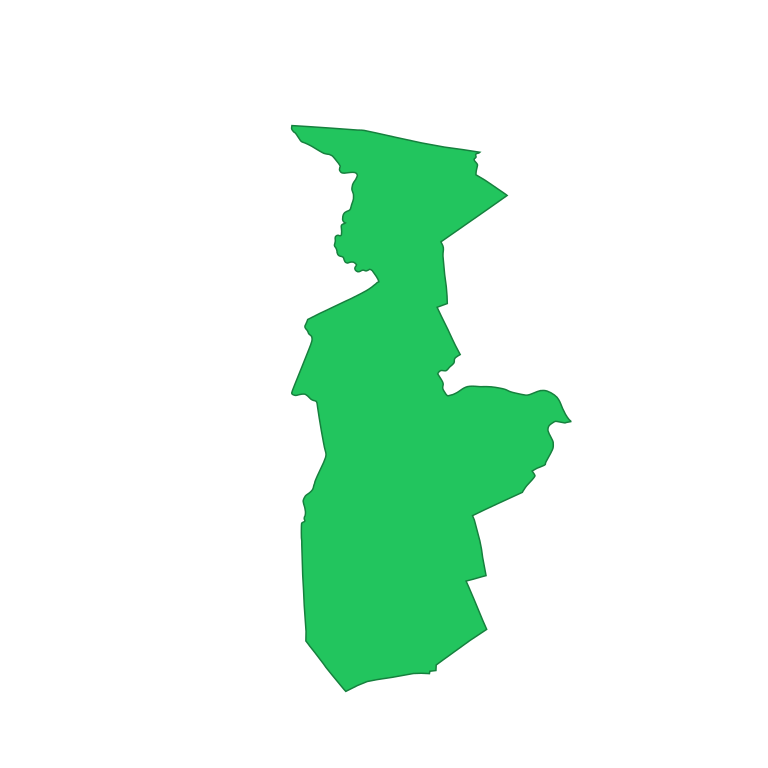 Kien Tuong, Long An, Vietnam (Mercator projection), rotated 325°
{"feature_id": "81297802B15581259777878", "entity_name": "Kien Tuong", "entity_type": "district", "adm_level": 2, "iso_a3": "VNM", "parent_name": "Vietnam", "parent_adm1": "Long An", "projection": "mercator", "projection_center": [105.93, 10.802], "detail": "fine", "context": "isolated", "style": "filled", "palette": "green", "viewbox_px": 768, "rotation_deg": 325, "n_neighbors": 0, "source": "geoboundaries", "source_scale": "gbopen_adm2", "svg_char_len": 6159}
<svg xmlns="http://www.w3.org/2000/svg" viewBox="0 0 768 768"><g transform="rotate(325 384 384)"><path d="M595.4,249.1L583.0,237.2L569.4,224.6L553.0,208.0L535.5,189.1L521.7,174.0L513.2,164.9L511.1,163.1L508.1,160.9L487.6,144.2L469.0,129.2L456.8,119.5L455.4,121.0L454.8,121.8L454.5,122.9L454.5,123.7L454.6,125.7L455.1,126.7L455.3,127.7L455.4,129.1L455.2,136.6L455.3,137.5L455.7,138.7L457.4,141.1L459.2,144.1L461.1,147.7L463.7,153.6L465.0,156.5L466.1,158.8L467.0,160.5L468.0,161.7L469.1,162.9L470.6,164.3L471.0,164.8L471.6,165.8L472.5,167.5L472.7,168.8L472.9,170.8L473.3,177.0L473.2,179.9L473.1,180.3L472.8,180.8L472.0,181.3L471.2,182.1L470.6,182.7L470.2,183.5L470.1,184.9L470.2,185.9L470.6,186.8L471.2,187.5L472.4,188.5L477.6,191.3L479.7,192.6L480.7,193.4L481.3,194.0L481.7,194.5L482.1,195.5L482.2,196.2L482.2,196.8L482.0,197.3L481.7,198.0L481.1,198.5L478.2,200.2L474.9,201.4L472.7,202.6L470.4,204.8L469.5,205.9L469.0,206.9L468.1,210.2L467.6,211.4L466.6,212.9L465.1,214.9L463.2,216.5L460.2,218.6L458.6,220.0L457.0,221.3L456.3,221.6L455.5,221.8L454.4,221.7L452.8,221.3L451.0,221.1L450.1,221.1L449.0,221.4L447.9,221.9L446.4,223.1L444.5,225.4L444.2,226.2L444.0,227.0L444.0,227.9L444.1,228.6L444.4,229.4L444.7,229.9L443.9,229.9L441.7,229.4L440.9,229.4L440.2,229.6L439.6,230.1L439.2,230.6L437.9,232.9L436.7,234.9L435.5,236.4L434.7,237.3L434.1,237.6L433.7,237.6L433.2,237.5L432.5,236.9L432.1,236.2L431.5,235.7L430.5,235.3L429.6,235.3L428.7,235.5L427.9,236.2L427.3,237.0L426.7,238.1L426.0,239.1L424.2,240.8L423.5,241.3L422.9,242.0L422.6,242.9L422.6,245.0L422.3,246.6L421.7,248.2L421.0,249.3L420.5,251.1L420.5,252.2L420.8,253.2L421.5,254.3L422.3,255.1L422.9,256.0L423.2,256.7L423.2,257.4L422.5,259.7L422.3,260.7L422.2,261.6L422.3,262.3L422.8,263.2L423.5,264.0L424.3,264.3L425.2,264.5L426.8,265.1L427.7,265.7L428.9,266.7L429.2,267.4L429.6,268.4L429.8,269.7L429.9,270.3L429.9,270.5L429.7,270.7L429.1,271.1L428.0,271.5L427.1,271.9L426.2,272.9L425.9,274.2L426.1,275.5L426.8,276.9L427.9,277.7L429.1,278.0L430.9,278.2L431.7,278.5L432.2,278.7L432.5,279.0L433.0,279.6L433.5,280.4L434.2,281.1L435.4,281.5L436.7,281.7L437.6,281.7L438.0,281.8L438.4,282.3L439.0,283.1L439.4,284.4L439.4,291.8L439.1,294.9L438.4,297.3L436.4,297.0L434.6,297.3L432.2,297.4L429.7,297.6L426.1,297.6L422.8,297.4L416.0,296.6L405.0,295.0L400.2,294.1L390.6,292.5L371.7,289.3L358.5,287.4L356.8,288.6L354.5,290.0L352.7,291.0L352.0,291.8L351.7,292.6L351.6,294.0L351.8,295.6L351.7,297.5L351.3,298.7L351.2,300.1L351.9,302.5L351.9,303.8L351.4,305.0L350.4,306.6L349.1,307.8L346.0,310.1L342.1,312.7L326.7,322.8L310.7,333.2L305.3,336.8L303.4,338.3L303.0,339.0L303.0,339.7L303.3,340.5L304.1,341.7L304.8,342.5L306.0,343.2L308.2,344.0L310.9,345.2L312.6,346.3L313.5,347.1L314.0,348.2L314.6,350.0L315.4,354.4L315.9,355.6L316.7,356.9L317.7,358.0L318.3,358.9L318.5,359.4L318.4,360.4L318.3,360.9L317.7,362.2L316.3,364.9L311.3,375.0L305.9,386.3L300.8,397.4L298.8,401.9L296.9,407.0L296.0,408.6L295.1,409.6L293.9,410.7L289.6,413.6L276.4,421.2L273.0,423.3L271.4,424.4L269.9,425.8L268.9,426.4L267.7,427.4L266.5,428.5L265.1,429.4L264.3,429.7L262.8,430.1L260.6,430.4L256.8,430.4L255.4,430.6L253.2,431.6L251.9,432.4L250.8,433.3L250.4,433.9L249.4,436.2L248.6,438.7L247.9,440.5L246.4,443.6L245.3,445.1L243.9,446.6L242.4,447.4L241.5,448.4L241.2,448.9L240.9,450.4L240.6,450.8L240.3,451.0L239.9,451.0L239.3,451.0L238.6,450.8L237.2,450.7L236.7,450.9L236.3,451.2L234.8,453.1L232.7,456.0L230.8,458.7L228.1,462.7L227.3,464.2L226.3,465.9L224.6,468.3L207.8,493.9L199.8,506.8L191.6,519.7L183.9,532.5L178.2,542.0L172.6,549.7L172.8,554.2L172.8,555.8L173.3,563.9L173.9,578.5L173.9,582.8L174.6,593.3L176.0,610.9L176.4,613.9L189.5,615.8L199.6,618.1L208.6,622.1L222.7,629.1L242.0,638.0L248.6,642.3L255.1,647.3L256.8,645.6L262.2,648.5L265.6,644.1L273.7,643.9L307.5,643.4L327.4,643.9L329.2,634.8L334.1,612.6L337.0,598.8L338.2,592.5L345.2,595.1L353.9,598.1L357.7,599.5L365.3,582.7L369.1,575.3L372.5,567.6L378.8,550.5L380.0,547.2L381.0,542.6L394.6,544.8L407.7,547.1L435.2,552.1L436.6,551.4L440.6,549.8L442.9,549.1L450.3,547.5L453.1,546.7L454.4,546.2L455.0,545.8L455.2,545.3L455.4,543.9L455.4,540.3L458.4,540.5L461.2,540.8L464.0,541.5L468.2,542.4L469.1,542.5L470.0,542.4L471.1,541.3L472.2,540.6L480.7,536.4L484.3,534.4L485.6,533.5L486.6,532.5L487.6,531.2L489.2,528.7L489.7,527.0L490.5,521.4L490.7,519.7L491.5,516.4L492.4,515.0L493.7,513.7L495.4,512.8L496.6,512.6L498.6,512.5L501.6,512.6L503.0,512.9L504.2,513.9L509.6,519.4L510.2,519.8L511.0,520.0L512.2,520.5L516.0,522.2L515.8,522.0L515.6,521.2L515.2,519.3L515.1,516.2L515.3,512.6L515.7,510.2L516.2,506.8L517.4,501.6L517.9,499.1L518.1,497.0L518.1,494.1L517.7,492.6L517.3,490.8L515.7,486.9L513.6,483.4L512.4,482.0L511.3,481.0L508.5,479.2L505.2,478.1L499.1,476.7L496.9,476.1L495.2,475.4L493.8,474.5L490.4,471.1L486.0,466.3L484.5,464.6L483.1,462.8L482.3,461.6L481.0,459.2L480.0,457.7L478.4,455.8L476.2,453.5L473.5,450.8L470.3,447.9L466.3,444.8L461.3,441.4L457.4,438.2L455.3,436.6L453.0,435.1L450.8,434.0L449.1,433.5L446.8,433.1L444.7,433.0L440.7,433.0L438.8,432.9L436.7,432.6L434.5,432.2L429.6,430.4L429.2,429.7L429.0,428.9L428.9,428.1L429.1,423.7L429.3,422.3L429.7,421.1L430.2,420.4L431.0,419.5L432.1,418.5L432.8,417.3L433.2,415.9L433.5,413.4L433.8,406.5L435.5,405.7L436.4,405.5L438.0,405.5L438.7,405.8L439.6,406.5L441.3,408.0L442.0,408.5L442.6,408.7L443.7,408.7L444.8,408.5L446.5,408.0L447.9,407.7L450.4,407.5L452.2,407.2L453.5,406.8L454.5,405.9L455.2,404.9L455.8,404.3L456.3,403.9L457.0,403.6L458.1,403.4L460.8,403.4L463.3,403.6L464.3,395.7L464.6,393.3L465.6,387.2L467.1,378.7L467.5,376.6L469.8,361.6L471.5,351.6L482.0,354.4L486.1,348.1L490.8,340.1L496.5,329.1L505.7,313.0L507.4,310.7L509.6,308.2L510.8,306.4L511.5,304.5L511.8,302.8L512.0,301.5L512.1,300.2L569.0,300.3L593.0,300.2L592.6,298.8L591.3,295.2L589.4,290.2L586.9,283.5L583.7,275.1L579.3,265.3L581.2,263.0L582.3,261.9L585.6,258.9L586.1,258.4L586.4,257.8L586.5,257.1L586.5,256.3L586.2,253.2L586.4,252.1L586.7,251.7L587.1,251.4L588.9,251.2L589.4,251.0L589.7,250.7L589.9,250.3L590.2,249.5L590.5,248.8L590.8,248.6L591.2,248.4L591.8,248.4L592.7,248.6L593.9,249.1L594.4,249.2L595.4,249.1Z" fill="#22c55e" stroke="#15803d" stroke-width="1.5"/></g></svg>